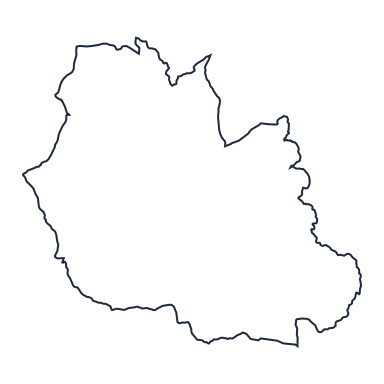 the district of Central Pentecost 1, Penama, Vanuatu
{"feature_id": "77236927B11071622458470", "entity_name": "Central Pentecost 1", "entity_type": "district", "adm_level": 2, "iso_a3": "VUT", "parent_name": "Vanuatu", "parent_adm1": "Penama", "projection": "natural_earth1", "projection_center": [168.168, -15.648], "detail": "fine", "context": "isolated", "style": "outline", "palette": "slate", "viewbox_px": 384, "rotation_deg": 0, "n_neighbors": 0, "source": "geoboundaries", "source_scale": "gbopen_adm2", "svg_char_len": 5897}
<svg xmlns="http://www.w3.org/2000/svg" viewBox="0 0 384 384"><path d="M57.4,258.4L63.8,258.1L62.3,262.4L63.4,262.6L63.9,261.9L64.9,261.8L65.5,262.5L66.1,263.9L66.1,267.1L67.1,268.2L67.9,270.0L67.5,273.6L68.3,275.8L69.9,277.9L73.2,285.5L73.9,286.4L75.2,287.2L77.2,287.3L78.2,288.3L81.2,293.0L83.5,295.1L85.0,295.7L86.3,296.7L88.3,297.0L90.7,297.8L91.9,298.9L92.9,300.6L98.3,302.6L101.2,302.9L102.8,303.6L105.9,303.9L110.4,306.3L111.7,309.8L112.2,310.1L116.0,308.8L118.2,308.8L122.9,309.8L124.7,309.8L128.8,308.0L134.1,307.4L136.7,306.7L138.1,306.8L139.2,307.5L140.8,307.7L142.0,308.5L147.6,308.0L149.0,308.8L151.9,309.3L153.1,310.0L154.0,310.2L155.3,310.0L156.7,308.9L162.5,305.9L169.1,304.8L171.3,304.8L173.4,306.1L174.0,307.0L176.3,312.6L177.4,321.8L178.6,323.0L180.5,323.2L182.2,322.5L185.1,322.6L188.1,322.1L189.8,324.5L190.3,326.7L191.2,328.6L191.5,332.0L192.0,333.6L193.1,334.7L197.1,339.7L202.3,340.3L204.1,342.0L206.6,342.2L207.9,343.3L208.9,343.5L210.5,341.4L212.4,341.0L212.9,340.1L213.7,339.4L217.0,339.5L220.9,337.8L222.3,337.6L223.7,338.1L225.9,338.2L227.0,338.8L228.3,338.9L229.3,338.3L232.8,338.4L237.9,334.9L240.4,334.1L242.6,332.5L244.9,333.2L246.9,334.4L250.5,338.8L251.3,339.1L258.3,340.3L260.8,338.4L277.2,340.7L283.3,343.4L295.4,344.6L297.5,346.2L297.6,337.3L296.8,335.1L297.2,328.4L295.5,324.5L296.0,322.4L296.1,320.1L297.0,319.2L302.2,318.5L307.1,318.9L309.4,319.8L310.5,321.3L315.2,325.3L317.7,330.9L318.9,331.9L320.1,332.2L320.9,332.2L322.0,331.6L324.3,329.3L327.5,329.3L328.2,329.1L328.9,328.3L332.6,327.9L334.1,327.3L334.5,326.6L335.6,325.8L335.6,323.1L336.0,322.1L337.2,321.2L340.2,320.3L341.5,319.4L342.6,317.5L346.5,316.6L347.1,316.2L348.1,314.7L348.4,313.5L347.5,311.1L347.3,309.9L348.3,308.6L349.1,305.1L350.4,304.7L351.8,303.6L352.1,302.9L352.1,301.3L352.4,300.6L354.5,298.8L355.1,297.7L356.2,292.7L357.5,292.8L358.7,294.1L359.2,294.2L359.6,293.7L360.0,289.1L361.0,285.6L360.6,282.4L359.9,279.0L360.6,277.4L360.8,275.7L360.4,274.3L359.1,273.4L359.2,271.0L359.0,269.7L358.3,268.3L356.7,267.0L356.6,264.6L356.2,263.3L356.5,261.5L356.2,260.3L353.7,258.3L352.0,256.7L350.7,254.9L348.7,253.8L346.7,254.0L344.2,255.7L340.7,254.8L338.0,255.1L337.3,254.4L336.6,252.8L335.2,251.4L331.6,249.9L329.3,246.9L327.1,246.0L326.8,245.4L326.0,245.1L324.9,245.1L323.1,245.9L321.6,245.6L320.5,244.8L320.0,243.2L319.5,242.8L317.4,242.8L316.5,242.5L316.2,242.2L316.1,241.0L316.7,239.1L316.5,237.2L314.7,235.8L313.9,234.3L311.9,232.7L311.6,230.7L311.2,229.8L311.8,229.2L313.6,229.4L314.1,228.9L314.4,228.1L314.3,226.5L312.6,224.5L312.6,224.0L313.4,223.4L316.0,223.4L316.5,223.0L317.1,221.1L317.2,219.0L315.7,216.9L316.0,214.7L314.9,211.0L314.6,210.3L313.9,209.7L312.8,209.7L312.3,209.3L312.5,207.2L312.2,206.3L310.7,205.0L308.4,204.1L306.3,204.3L305.7,203.7L303.8,203.9L302.3,201.5L298.3,198.3L298.8,197.2L301.1,195.8L301.9,194.9L302.2,193.8L301.9,191.9L303.1,187.7L305.8,188.4L306.8,188.3L307.6,187.9L308.4,186.8L309.3,184.6L309.7,182.7L309.5,179.0L309.0,176.5L307.6,173.8L305.6,171.7L304.7,170.4L303.1,169.0L301.9,169.1L299.8,168.6L296.4,168.6L295.2,168.1L293.1,166.6L292.3,166.5L290.4,167.6L291.2,165.9L293.6,165.4L296.8,162.0L298.9,161.4L299.7,160.7L300.6,156.4L298.2,151.8L298.7,149.2L298.6,147.7L296.2,143.5L294.7,142.3L292.6,142.1L291.8,141.0L290.7,141.0L290.2,140.4L289.5,140.3L288.0,140.7L287.1,140.0L285.7,140.1L284.5,140.6L284.1,139.5L284.5,138.5L285.8,137.7L286.6,135.4L288.9,133.2L288.9,132.6L288.0,132.0L288.1,131.1L288.6,130.0L288.9,124.2L288.7,123.1L287.7,122.3L287.6,121.0L288.1,120.0L288.1,119.2L286.9,116.9L283.7,116.0L282.4,117.1L279.4,118.6L277.9,120.0L277.3,121.2L277.4,123.1L277.7,123.7L276.5,124.6L268.3,124.2L260.7,123.3L259.5,124.8L252.0,129.1L250.1,130.9L248.1,133.7L238.8,140.7L231.7,143.2L231.1,143.9L225.0,146.3L225.3,144.0L225.2,142.1L224.4,140.7L222.0,137.9L220.4,134.3L219.2,130.0L218.1,117.5L218.2,114.3L218.5,112.2L218.5,108.5L219.7,104.0L219.9,100.0L219.1,98.0L217.0,96.0L213.5,90.8L212.7,88.6L210.5,86.3L208.8,81.4L206.8,79.5L205.1,73.1L205.1,71.9L205.6,70.0L204.9,67.7L205.7,65.3L208.4,60.5L210.4,55.3L208.3,56.3L206.1,56.9L203.6,59.5L196.9,63.6L194.3,66.1L193.8,67.1L193.8,68.1L193.9,68.6L194.5,69.1L194.6,70.7L192.2,72.4L190.0,73.2L186.6,73.3L184.8,74.2L183.2,74.4L180.9,76.1L178.2,76.5L177.8,78.4L176.5,80.8L176.4,83.6L175.8,84.2L173.8,84.6L172.3,85.8L170.3,83.7L170.1,82.3L169.0,79.8L169.3,77.6L169.1,76.5L166.0,74.2L166.2,71.9L166.8,70.8L168.7,68.6L169.0,67.8L168.1,66.7L167.4,64.4L166.7,63.1L166.3,62.8L165.4,62.8L164.4,63.5L163.7,63.2L163.0,62.5L162.5,61.0L160.2,59.6L159.5,58.6L158.9,56.7L158.3,52.9L155.5,49.4L152.0,48.4L149.6,48.4L148.9,48.0L147.8,46.9L147.3,45.7L146.3,41.5L142.5,41.4L140.1,40.1L138.6,38.5L136.1,37.8L135.4,41.6L135.7,43.9L136.7,45.3L139.2,47.5L139.4,48.4L138.9,53.8L129.7,47.8L126.3,46.0L123.3,46.2L121.9,46.9L121.5,47.9L120.6,49.0L117.2,49.8L116.3,49.1L115.0,46.5L114.5,46.1L112.9,45.4L109.5,44.9L107.3,43.8L105.8,43.6L102.3,43.8L98.3,45.0L91.5,46.0L86.5,46.5L80.1,45.9L76.6,46.6L76.2,50.5L76.4,55.3L74.1,63.1L73.7,69.0L72.3,71.8L71.3,72.8L67.0,75.3L63.9,78.4L61.9,81.1L60.6,84.0L58.4,92.0L58.1,92.5L55.4,94.8L55.4,96.0L56.3,97.2L59.4,99.4L60.7,99.3L61.4,99.9L61.6,100.8L62.0,100.7L64.9,106.6L66.6,112.0L67.7,113.8L68.8,114.2L69.3,114.9L66.7,114.9L66.3,115.8L66.3,119.3L65.5,121.9L62.7,125.9L59.6,132.2L58.7,134.9L57.8,139.8L56.8,142.2L55.0,144.9L54.8,147.0L53.2,150.5L50.5,155.9L48.6,159.0L46.4,161.2L44.5,161.6L41.9,162.8L41.5,163.1L40.9,165.0L40.1,165.2L39.0,166.6L36.5,166.9L34.5,168.0L27.9,170.5L26.1,172.5L24.3,173.2L23.0,174.5L23.1,175.1L25.3,177.7L26.1,180.3L26.8,181.6L31.3,186.0L33.4,188.5L35.7,194.3L37.9,197.9L38.9,206.9L39.9,208.8L43.4,211.9L44.8,215.0L44.5,218.2L44.8,218.9L45.8,219.6L45.8,221.1L46.1,221.9L47.8,223.8L50.5,225.9L51.8,228.8L54.4,230.8L55.3,231.9L56.3,234.9L57.1,240.6L58.3,245.2L57.7,248.3L57.4,250.9L54.9,255.9L55.0,256.9L57.4,258.4Z" fill="none" stroke="#1e293b" stroke-width="2"/></svg>